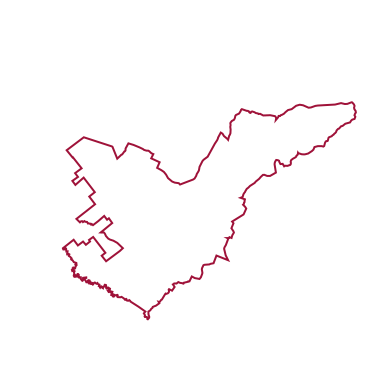 Beliu, Arad, Romania, rotated 18°
{"feature_id": "2599482B53045213319316", "entity_name": "Beliu", "entity_type": "district", "adm_level": 2, "iso_a3": "ROU", "parent_name": "Romania", "parent_adm1": "Arad", "projection": "albers", "projection_center": [21.977, 46.527], "detail": "fine", "context": "isolated", "style": "outline", "palette": "rose", "viewbox_px": 384, "rotation_deg": 18, "n_neighbors": 0, "source": "geoboundaries", "source_scale": "gbopen_adm2", "svg_char_len": 6054}
<svg xmlns="http://www.w3.org/2000/svg" viewBox="0 0 384 384"><g transform="rotate(18 192 192)"><path d="M190.1,324.8L189.9,323.9L188.4,321.8L187.5,319.2L188.9,317.4L189.3,315.8L190.2,314.4L190.2,313.4L192.9,311.2L195.3,307.9L194.2,306.8L195.1,306.8L196.1,304.0L196.6,303.6L198.0,297.5L198.2,297.0L198.5,297.2L200.3,295.8L200.9,294.7L200.8,293.5L200.0,292.0L200.2,291.5L203.5,292.0L204.8,287.7L202.4,285.8L203.0,285.2L203.3,284.5L205.6,283.8L206.8,281.9L208.8,282.1L211.0,281.7L212.0,281.9L212.3,281.6L212.3,280.8L216.3,278.4L216.2,278.1L217.2,277.7L217.9,272.4L221.3,273.0L226.0,272.4L226.8,270.4L227.0,266.4L226.8,265.5L225.2,262.4L225.1,261.3L225.5,258.1L226.3,257.4L230.9,255.5L231.8,254.6L234.5,253.1L234.9,244.9L247.4,245.7L243.6,241.8L240.1,236.1L240.0,234.7L240.6,232.0L240.9,225.1L239.8,224.9L241.5,224.3L241.6,223.4L243.8,223.5L243.7,220.7L244.4,217.7L243.6,216.6L240.7,214.3L241.1,208.9L239.3,207.7L248.0,197.4L248.7,191.0L247.0,189.6L244.5,188.3L245.0,187.3L244.8,186.0L245.1,185.3L244.6,183.8L244.7,183.2L244.6,182.6L240.0,182.5L241.2,181.5L241.7,180.7L241.6,178.4L241.9,177.0L242.4,175.7L242.5,174.7L243.1,172.1L244.2,170.5L245.3,168.3L248.8,164.0L249.4,162.4L251.8,158.7L252.7,156.5L254.2,153.8L255.5,153.3L258.4,153.5L261.3,152.6L265.8,147.6L262.0,140.2L261.7,138.9L261.7,137.3L262.2,135.5L263.8,135.2L265.1,135.4L266.0,136.7L267.5,138.1L269.5,137.2L271.7,139.1L272.3,138.3L274.8,137.6L277.1,135.8L277.3,134.8L277.0,133.6L276.5,132.8L276.4,131.2L277.5,129.4L279.8,126.9L280.2,126.0L280.1,125.4L281.0,123.7L280.7,121.9L281.1,122.2L284.7,122.2L287.0,121.6L288.1,121.1L290.6,119.5L293.4,116.0L294.4,114.2L294.6,111.4L297.5,109.5L301.2,108.3L302.9,108.2L303.5,107.4L303.3,104.0L303.6,102.6L304.1,102.0L305.0,101.7L305.3,101.3L305.1,98.3L305.4,97.6L307.6,95.8L308.1,94.7L309.0,93.6L309.3,92.6L310.0,91.7L310.5,90.4L310.5,88.8L311.4,86.9L312.2,86.3L313.5,83.4L314.8,82.6L316.7,79.7L320.8,77.0L321.3,74.9L322.1,73.6L324.0,72.3L324.1,70.0L322.8,68.8L322.9,66.8L323.3,65.9L322.6,64.4L320.9,63.1L320.1,61.8L320.0,59.9L319.0,58.7L316.7,57.3L316.0,57.4L312.5,60.2L310.2,61.1L306.3,61.4L301.1,64.6L284.9,70.9L282.7,72.0L278.9,74.9L276.8,75.8L270.9,75.2L267.5,75.7L264.4,77.8L261.2,82.4L258.0,84.4L256.2,87.2L255.2,89.2L253.5,91.0L252.6,91.6L252.3,92.5L250.9,92.9L250.8,94.4L249.5,97.6L249.3,96.2L249.0,95.3L247.8,94.3L246.9,94.3L242.6,94.8L236.1,97.2L232.6,96.6L231.1,97.3L230.4,96.9L228.3,97.2L226.8,96.8L224.4,96.8L223.5,97.4L223.4,98.4L223.0,98.8L221.8,98.5L221.3,97.8L220.0,97.6L219.1,97.9L213.8,97.8L213.3,98.6L213.2,100.3L212.5,102.9L210.1,105.1L209.7,106.0L209.9,108.5L209.7,110.2L207.9,112.2L207.2,114.1L207.3,115.0L208.0,116.4L208.3,118.3L209.4,120.6L210.4,124.3L210.3,125.9L210.0,127.0L210.2,131.2L209.3,130.6L205.1,128.9L203.0,127.1L201.0,126.6L200.0,132.2L200.1,133.2L199.9,135.0L198.8,138.9L196.0,153.6L193.1,157.7L192.4,159.3L191.4,165.8L191.9,169.2L191.7,170.6L191.0,173.4L191.0,175.4L190.3,178.4L189.2,179.8L178.3,188.6L176.7,187.7L172.7,188.4L169.9,188.2L164.9,186.2L162.0,183.5L159.1,181.6L156.1,180.7L151.4,179.8L152.0,173.7L142.8,172.6L143.5,167.9L141.4,167.7L138.6,166.4L137.6,166.2L136.2,166.7L133.5,166.8L132.0,166.3L128.3,165.8L121.8,165.3L116.5,165.4L115.4,171.1L115.9,173.1L115.6,174.0L115.2,174.2L114.0,177.8L113.3,178.4L110.6,183.4L102.4,173.6L101.8,173.4L72.2,173.4L59.9,191.0L67.8,196.1L68.0,195.8L79.7,203.6L75.0,210.2L78.9,212.9L74.8,218.4L78.9,221.3L84.5,211.8L99.6,222.2L95.7,228.1L103.6,233.6L90.4,253.3L94.8,255.5L95.6,254.1L96.8,253.7L97.6,254.3L98.7,252.9L99.7,253.3L101.4,252.9L102.8,254.1L103.3,253.7L104.5,253.8L105.5,253.4L105.9,253.5L106.2,254.2L106.6,254.1L106.9,253.6L108.1,254.1L111.8,248.7L115.9,241.9L119.8,244.6L121.1,242.7L125.7,246.2L117.7,258.7L119.2,258.3L119.9,257.9L121.0,257.8L122.4,258.9L123.7,260.4L126.7,262.2L128.7,262.6L132.3,262.6L136.7,263.5L143.6,266.8L141.6,270.4L131.7,284.4L125.8,280.5L128.4,276.6L111.9,265.3L108.9,269.4L110.3,270.6L107.4,275.0L103.7,272.8L100.0,278.1L94.2,274.0L86.6,285.4L86.7,285.7L87.4,286.4L88.5,286.0L88.6,284.3L89.7,284.7L90.9,287.4L92.0,286.9L92.3,288.4L92.3,289.5L92.6,289.9L93.9,289.0L94.6,289.2L94.4,290.4L94.6,290.9L96.2,291.3L98.0,292.3L97.7,293.2L98.4,293.7L99.3,293.7L101.3,295.2L103.9,295.2L104.6,296.7L102.7,296.9L104.6,297.5L104.3,299.3L104.4,300.3L102.4,300.5L102.1,301.2L103.5,301.7L101.9,303.2L102.6,304.2L104.0,303.3L104.8,303.6L104.6,305.0L105.3,306.1L105.3,307.8L105.5,308.3L106.3,309.0L106.7,308.9L106.5,307.5L106.8,307.2L108.1,308.2L108.6,308.0L108.3,305.8L108.6,305.3L109.0,305.2L109.9,305.7L109.9,306.3L110.5,307.0L110.5,308.1L111.0,308.3L111.9,307.6L112.6,307.5L112.6,308.5L113.0,309.0L114.9,310.3L115.3,310.3L115.9,308.6L114.8,307.7L114.9,307.3L117.8,305.9L118.0,306.4L116.9,307.2L116.7,308.3L118.1,309.1L119.4,310.5L120.2,310.3L120.4,308.4L120.9,307.8L121.9,307.8L122.2,308.1L122.1,308.5L121.7,308.9L121.6,309.7L121.7,310.3L122.4,310.8L122.8,310.5L122.7,309.2L123.1,308.9L123.4,309.0L123.4,310.2L123.9,310.7L124.7,310.6L125.1,309.5L125.6,309.2L125.8,309.4L125.6,310.2L126.3,310.7L126.6,310.4L126.7,309.2L127.6,308.1L129.4,308.8L130.2,307.8L130.9,308.6L132.5,308.7L132.5,310.2L133.8,310.0L133.8,311.1L134.2,311.4L134.5,310.3L135.1,309.8L136.3,310.9L137.0,311.0L136.6,309.8L137.5,309.3L137.7,307.2L138.8,307.0L139.2,307.6L138.3,308.2L138.3,308.5L139.9,309.0L140.0,309.8L140.4,310.1L140.7,310.0L140.8,309.2L141.5,309.3L141.8,308.8L143.9,309.3L144.0,310.2L143.8,310.3L142.9,310.0L143.1,311.5L142.4,311.8L143.7,312.9L144.0,312.8L144.4,311.7L147.1,311.5L147.1,311.9L146.3,312.3L146.2,312.7L147.3,312.9L147.9,313.4L147.0,314.4L147.0,314.9L148.0,314.9L149.1,315.8L149.9,315.7L150.1,315.2L148.9,314.6L148.6,313.7L151.2,313.9L152.8,312.9L153.2,313.1L152.9,313.8L153.2,314.6L153.9,314.9L156.5,314.2L157.4,313.5L160.2,314.3L161.5,315.2L162.1,315.1L161.9,314.4L162.4,314.0L162.7,314.1L163.6,315.3L164.9,315.2L165.7,314.2L166.8,314.6L167.3,315.2L176.5,317.6L184.6,320.1L183.7,322.3L185.0,323.3L185.4,324.0L185.4,325.0L185.9,325.4L187.5,324.8L188.0,325.0L188.9,326.7L189.3,326.7L190.1,324.8Z" fill="none" stroke="#9f1239" stroke-width="2"/></g></svg>